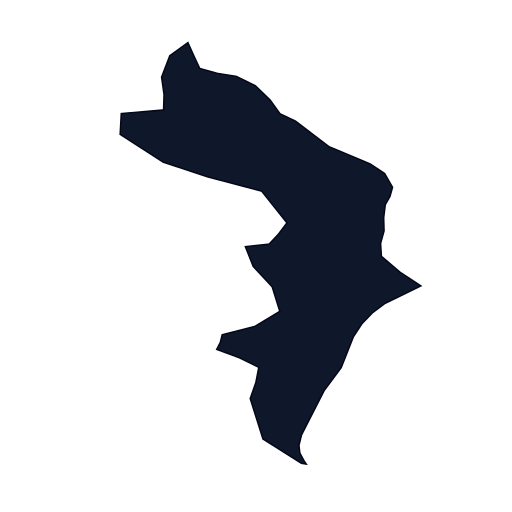 map outline of Espaillat (Robinson projection), rotated 105°
{"feature_id": "DOM-1967", "entity_name": "Espaillat", "entity_type": "Province", "adm_level": 1, "iso_a3": "DOM", "parent_name": "Dominican Republic", "parent_adm1": "", "projection": "robinson", "projection_center": [-70.375, 19.514], "detail": "fine", "context": "isolated", "style": "filled", "palette": "ink", "viewbox_px": 512, "rotation_deg": 105, "n_neighbors": 0, "source": "natural_earth", "source_scale": "10m", "svg_char_len": 870}
<svg xmlns="http://www.w3.org/2000/svg" viewBox="0 0 512 512"><g transform="rotate(105 256 256)"><path d="M242.2,89.0L268.7,119.4L280.7,128.8L293.9,136.1L308.8,141.0L341.8,144.8L368.3,155.3L417.0,165.7L427.8,165.5L435.0,162.6L441.5,156.5L444.0,153.6L444.5,158.5L431.0,201.9L395.2,224.7L378.3,223.4L362.8,224.5L358.6,245.9L356.4,269.8L348.6,268.1L340.8,268.3L324.3,238.9L303.3,218.7L281.6,232.4L266.8,256.0L249.7,268.7L241.1,246.4L229.1,240.0L216.0,234.7L191.9,267.3L192.1,323.0L189.4,369.9L173.7,418.7L153.3,423.0L138.8,383.1L123.9,386.6L107.7,393.5L84.8,391.1L67.5,377.0L78.3,368.2L89.4,358.9L89.6,340.5L87.6,321.5L91.7,300.7L101.6,282.8L112.4,269.6L115.5,252.7L131.5,213.8L137.5,169.6L143.0,153.1L154.3,141.9L163.8,142.0L172.9,144.4L185.8,142.6L198.6,138.8L211.6,138.9L223.8,134.8L234.4,112.6L242.2,89.0Z" fill="#0f172a" stroke="#020617" stroke-width="1.5"/></g></svg>